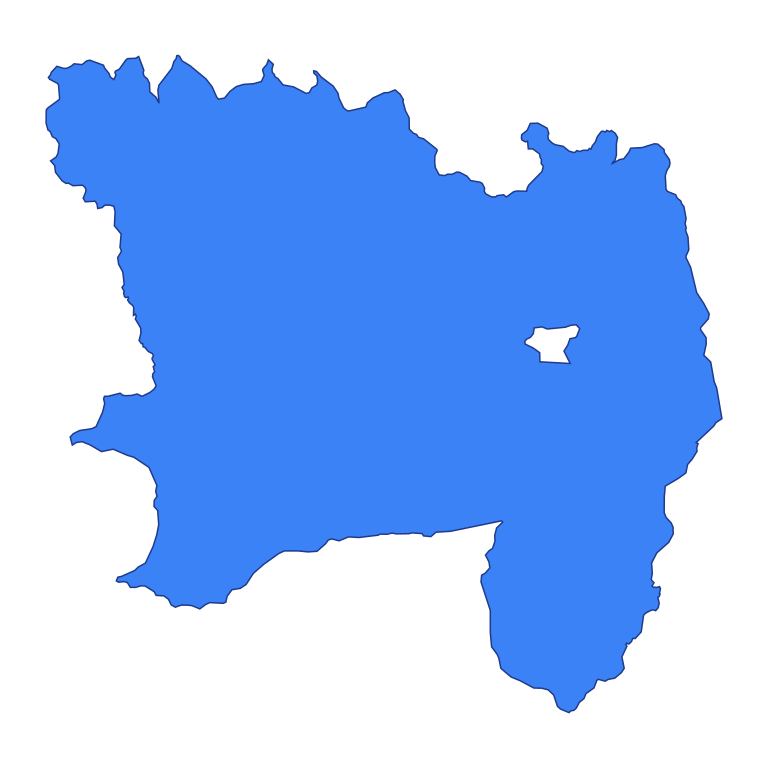 Mutshatsha, Katanga, Democratic Republic of the Congo
{"feature_id": "63176286B57018267641486", "entity_name": "Mutshatsha", "entity_type": "district", "adm_level": 2, "iso_a3": "COD", "parent_name": "Democratic Republic of the Congo", "parent_adm1": "Katanga", "projection": "albers", "projection_center": [25.024, -10.86], "detail": "fine", "context": "isolated", "style": "filled", "palette": "blue", "viewbox_px": 768, "rotation_deg": 0, "n_neighbors": 0, "source": "geoboundaries", "source_scale": "gbopen_adm2", "svg_char_len": 5992}
<svg xmlns="http://www.w3.org/2000/svg" viewBox="0 0 768 768"><path d="M72.3,445.1L76.4,442.5L82.2,441.7L90.1,444.9L101.5,451.6L113.1,449.2L127.6,455.4L133.8,457.2L148.9,467.3L156.9,485.4L155.7,491.3L157.0,496.3L154.2,500.5L154.0,506.5L157.7,510.5L158.7,524.6L156.8,534.7L153.1,546.5L145.4,563.1L138.2,567.1L134.7,570.5L121.5,576.4L117.8,577.2L116.3,580.9L118.6,582.2L124.3,581.6L127.4,582.6L130.4,587.4L135.5,587.4L141.1,585.8L145.1,586.0L154.3,591.8L156.1,595.4L163.9,595.9L168.5,599.3L171.2,604.9L175.3,607.2L181.3,605.1L187.4,605.1L192.2,605.7L199.8,608.9L205.5,604.6L209.7,602.6L223.2,603.3L225.8,602.2L227.2,596.1L232.0,589.7L240.2,588.4L246.1,584.5L253.3,573.4L263.7,564.3L278.8,553.5L284.4,550.9L298.0,550.9L308.1,551.9L317.0,551.3L325.6,543.7L328.3,540.0L331.8,538.9L339.1,540.8L348.6,536.9L358.8,537.5L378.0,535.2L380.3,534.1L386.9,534.3L392.0,533.1L396.5,533.9L409.1,533.7L411.8,532.9L422.1,533.6L423.5,535.9L430.9,536.6L436.0,532.2L450.5,531.3L501.6,520.8L502.7,522.1L496.6,528.0L494.7,535.4L495.0,541.0L492.6,548.4L489.0,550.8L485.5,555.1L489.0,562.0L489.8,567.9L485.2,573.2L481.6,575.2L481.0,581.9L490.3,610.4L490.3,632.5L491.6,646.8L497.2,654.4L498.8,658.1L500.9,668.4L511.1,677.0L520.1,680.7L533.8,688.0L541.7,688.2L548.1,689.8L553.7,695.0L557.4,706.2L560.4,709.0L569.0,712.6L570.9,710.8L573.8,710.4L576.3,708.1L579.3,702.4L583.9,698.7L586.0,693.6L594.0,687.9L596.8,680.4L598.3,679.3L605.2,681.2L608.2,679.4L614.7,678.2L621.3,672.7L624.2,668.3L621.9,656.9L626.9,646.2L625.9,644.4L626.4,643.3L628.9,644.0L631.5,641.6L632.7,638.4L635.2,638.5L641.2,631.9L643.6,615.2L645.7,613.1L650.6,610.5L653.0,609.8L655.7,610.7L658.2,607.7L659.2,603.1L657.8,597.4L659.1,596.6L660.1,594.0L659.5,593.5L660.5,588.4L659.4,586.6L656.9,587.4L652.9,587.1L652.1,586.0L654.0,582.7L651.6,580.2L651.3,578.8L652.3,573.7L651.6,563.0L656.8,552.9L668.7,542.4L673.2,534.0L673.0,527.0L671.1,522.8L666.1,517.5L664.2,512.6L664.3,496.6L665.3,486.1L678.6,478.2L685.9,472.9L687.6,464.5L692.2,459.1L697.0,451.3L696.7,447.8L698.1,443.6L696.1,442.6L713.7,426.1L716.1,422.5L721.9,418.7L716.7,388.0L714.2,381.8L710.7,362.0L703.8,355.2L706.2,344.2L706.1,337.7L700.5,329.5L700.7,327.5L708.3,318.9L709.2,313.9L703.9,303.7L696.7,292.7L690.6,267.3L686.2,258.1L686.0,256.1L688.8,249.8L688.0,237.0L685.6,230.5L686.2,228.0L685.1,223.5L686.1,218.6L683.9,206.6L681.7,203.8L680.7,200.9L677.3,198.2L675.6,194.7L667.4,191.4L666.0,189.1L665.3,175.6L666.9,170.4L669.3,166.5L670.0,163.3L669.4,159.6L664.4,152.5L664.0,149.5L657.8,144.1L654.3,143.8L642.1,147.6L630.7,148.2L628.9,152.1L623.8,158.8L619.8,159.5L612.4,163.4L613.2,161.7L614.8,160.8L616.4,155.2L616.4,143.8L617.6,137.4L615.2,133.3L611.4,130.5L609.6,131.6L606.7,130.4L605.3,132.1L602.8,131.1L601.4,131.4L597.4,136.6L595.3,142.1L592.3,145.8L591.1,149.0L589.6,148.4L587.7,150.3L583.0,150.3L579.9,151.5L576.7,150.6L575.2,152.3L573.3,152.4L569.2,151.2L563.1,146.3L555.5,144.8L552.5,143.3L548.4,139.4L547.9,135.7L548.8,133.6L547.1,128.2L538.0,123.2L530.3,123.4L527.2,130.3L521.7,134.7L521.4,138.3L522.0,140.0L525.4,141.9L527.6,141.2L528.3,148.9L532.8,148.9L539.6,154.0L540.2,157.6L541.4,159.3L541.2,163.6L543.3,166.2L542.0,171.6L528.8,185.0L527.2,188.1L526.7,191.2L516.9,191.0L513.7,191.7L506.4,197.0L503.6,194.8L497.2,195.6L495.5,196.9L491.5,196.9L485.7,193.8L484.3,191.4L484.6,188.2L482.3,183.5L480.1,182.2L470.5,180.5L467.0,176.2L459.6,172.3L456.6,172.1L452.2,174.3L447.5,174.2L444.8,175.6L439.2,174.9L435.4,167.8L434.7,162.4L434.9,156.0L437.2,150.6L436.7,149.2L423.6,138.8L418.5,137.4L416.6,134.5L413.5,133.3L409.3,129.2L409.1,117.8L405.5,110.8L402.9,101.4L403.4,99.7L400.1,94.2L395.1,89.9L388.6,92.5L384.1,92.8L372.9,98.0L367.3,102.9L365.9,107.1L348.7,111.0L346.6,110.4L343.6,107.8L339.0,98.2L338.0,93.3L333.2,86.1L321.2,77.0L316.5,71.5L313.7,70.8L313.8,73.0L316.9,76.0L317.7,81.1L316.8,85.1L311.9,87.9L309.2,92.7L306.1,93.4L293.6,86.9L283.0,84.9L277.8,78.4L275.1,76.9L274.3,74.5L272.3,72.4L272.0,69.1L273.3,64.3L268.4,59.8L266.8,64.5L263.0,68.8L262.7,70.6L264.2,75.4L261.4,81.5L253.5,83.7L243.5,84.4L236.3,86.6L230.1,91.3L224.6,98.0L218.4,99.2L216.6,96.9L212.1,86.8L206.0,78.9L189.9,65.6L182.1,60.9L179.5,56.3L178.0,55.4L176.7,55.8L176.1,58.8L174.0,61.4L171.8,68.4L159.0,85.1L157.9,90.2L159.0,103.2L155.9,97.2L149.8,91.8L149.5,83.3L147.3,78.8L144.2,76.3L143.2,73.1L143.8,70.1L138.7,56.5L135.5,58.3L127.8,58.6L126.0,59.8L119.3,69.2L115.4,71.2L114.9,72.4L115.9,75.3L113.8,79.6L110.2,76.9L109.1,73.6L104.5,67.9L103.5,65.2L89.8,60.2L86.7,60.9L82.1,64.6L74.0,63.8L71.0,66.3L66.8,68.3L63.7,68.4L56.9,66.3L51.3,72.3L50.4,75.0L48.4,77.4L49.6,79.2L57.7,83.5L58.6,85.4L59.6,98.4L59.2,99.6L47.9,107.9L46.4,109.6L46.2,111.5L46.1,123.2L48.0,130.0L50.3,131.7L52.3,136.6L56.0,138.7L59.2,143.9L58.0,153.3L56.3,156.9L50.6,160.9L54.7,165.6L55.5,172.3L62.1,180.8L66.0,183.4L68.4,183.1L72.9,185.7L82.5,185.2L84.6,186.9L85.9,189.1L85.8,191.7L83.2,198.2L85.3,201.8L95.2,201.2L97.0,204.1L97.7,208.5L102.1,207.6L104.9,205.1L109.6,205.1L113.8,206.2L115.1,211.6L114.4,225.8L121.1,234.0L120.0,247.4L121.5,251.2L117.7,257.6L118.6,264.1L122.8,272.0L124.2,284.5L122.0,287.5L124.2,291.3L123.6,292.9L124.5,296.6L125.7,297.6L128.1,297.0L128.5,298.1L127.6,300.0L129.4,302.8L132.9,305.7L133.7,307.6L133.5,315.4L135.4,314.1L136.3,316.2L135.3,318.9L140.7,328.1L140.9,333.3L139.1,340.4L141.4,343.6L142.7,343.6L143.1,346.8L144.9,347.4L148.3,351.5L152.4,353.6L153.5,355.8L152.1,358.1L152.2,359.6L155.1,364.8L153.2,366.7L154.6,371.9L152.9,373.7L152.5,376.8L156.2,385.9L153.8,389.4L149.8,392.5L142.1,396.3L137.1,394.0L131.8,395.4L125.3,395.7L122.7,395.2L120.1,393.2L108.0,396.3L104.5,396.3L103.6,398.8L104.7,403.5L102.6,412.1L96.1,426.6L91.8,428.7L79.7,430.5L73.4,433.6L70.2,437.0L72.3,445.1ZM579.7,328.7L576.7,336.4L575.2,337.7L570.0,338.7L567.8,345.0L564.0,351.1L570.2,363.5L539.9,361.8L539.7,352.7L533.0,347.9L525.2,344.1L524.8,341.4L526.6,339.2L530.4,337.4L533.3,333.7L534.2,327.9L542.0,326.9L547.3,329.0L565.4,327.2L571.2,325.2L576.3,324.8L579.7,328.7Z" fill="#3b82f6" stroke="#1e3a8a" stroke-width="1.5"/></svg>